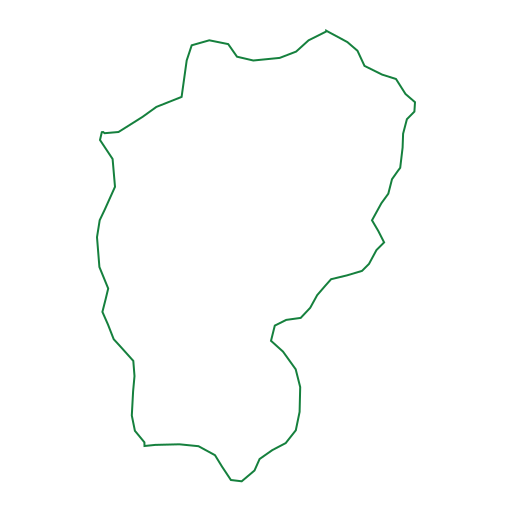 the district of Heby, Västmanland, Sweden
{"feature_id": "70781695B62242352773373", "entity_name": "Heby", "entity_type": "district", "adm_level": 2, "iso_a3": "SWE", "parent_name": "Sweden", "parent_adm1": "Västmanland", "projection": "orthographic", "projection_center": [17.041, 60.088], "detail": "fine", "context": "isolated", "style": "outline", "palette": "green", "viewbox_px": 512, "rotation_deg": 0, "n_neighbors": 0, "source": "geoboundaries", "source_scale": "gbopen_adm2", "svg_char_len": 1160}
<svg xmlns="http://www.w3.org/2000/svg" viewBox="0 0 512 512"><path d="M189.2,52.9L186.7,60.4L181.6,96.9L156.4,106.9L142.5,116.9L118.5,132.0L104.6,133.2L103.1,132.0L101.8,132.2L100.0,140.0L112.6,159.0L115.0,186.8L104.8,209.5L99.7,220.2L97.0,237.2L99.4,267.0L108.2,288.5L105.6,299.3L102.4,311.9L108.0,324.6L113.7,339.2L121.3,347.5L133.3,360.9L134.5,376.1L133.1,391.4L131.8,415.5L134.9,430.8L144.4,442.3L144.5,446.0L155.2,444.9L179.4,444.3L198.5,446.2L215.0,455.2L222.0,466.6L230.9,480.0L241.7,481.3L254.5,470.5L259.6,459.0L272.3,450.1L285.7,443.1L287.9,440.3L295.8,430.3L299.6,411.9L300.2,387.1L295.7,369.3L283.0,351.6L271.0,340.8L274.8,325.6L286.2,319.9L300.7,317.9L310.2,307.8L317.2,295.1L325.4,285.6L331.1,279.2L346.9,275.4L362.0,270.9L369.0,263.9L376.5,250.0L384.1,242.4L378.3,231.0L372.0,220.3L381.4,203.2L388.3,193.7L392.0,179.2L397.8,171.0L400.2,167.8L402.6,147.6L403.1,133.7L406.9,119.2L414.4,111.6L415.0,102.2L405.5,94.0L396.0,79.0L382.1,74.6L364.5,65.9L357.5,50.8L347.4,42.1L326.2,30.7L326.2,31.5L308.6,40.3L296.1,51.6L279.7,57.9L253.3,60.5L237.0,56.7L228.2,44.1L209.3,40.3L191.7,45.3L189.2,52.9Z" fill="none" stroke="#15803d" stroke-width="2"/></svg>